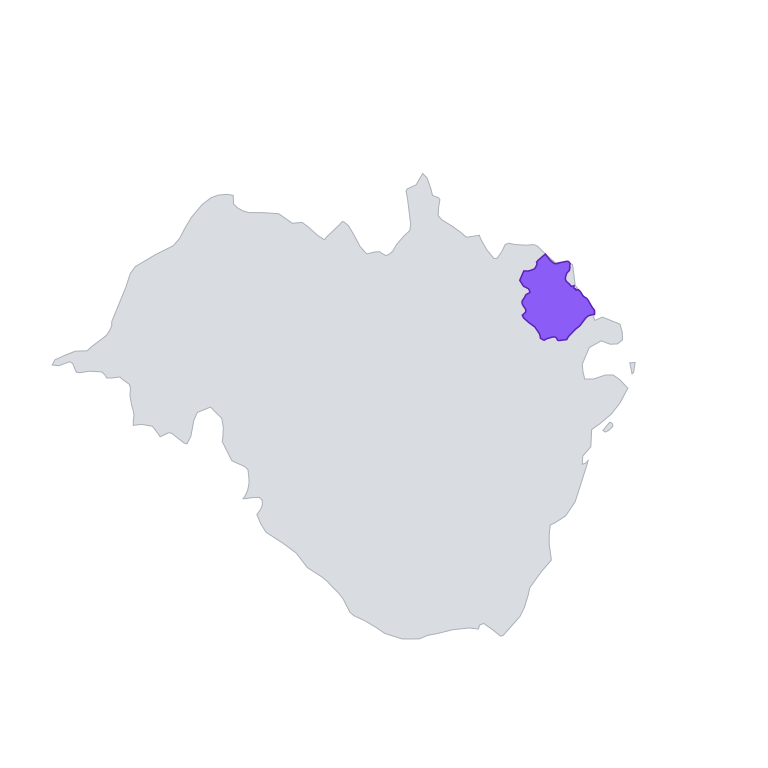 location of Kâmpôt within Cambodia, rotated 224°
{"feature_id": "KHM-1797", "entity_name": "Kâmpôt", "entity_type": "Province", "adm_level": 1, "iso_a3": "KHM", "parent_name": "Cambodia", "parent_adm1": "", "projection": "mercator", "projection_center": [104.331, 10.788], "detail": "fine", "context": "in_parent", "style": "filled", "palette": "violet", "viewbox_px": 768, "rotation_deg": 224, "n_neighbors": 0, "source": "natural_earth", "source_scale": "10m", "svg_char_len": 4327}
<svg xmlns="http://www.w3.org/2000/svg" viewBox="0 0 768 768"><g transform="rotate(224 384 384)"><path d="M635.9,167.2L637.5,172.8L633.3,183.4L628.9,193.1L620.7,201.5L620.3,207.6L617.4,226.1L618.5,231.9L620.4,236.9L623.1,239.6L630.3,257.6L636.8,274.0L643.3,287.4L644.4,295.9L638.5,317.5L631.6,337.2L632.2,347.0L635.2,356.9L638.3,370.0L639.5,386.7L637.8,397.7L634.7,404.4L628.7,411.4L623.5,414.9L617.3,409.0L612.3,408.8L605.7,410.5L600.4,413.3L589.7,423.5L577.9,433.4L561.6,435.9L555.2,443.3L548.4,444.3L535.4,444.7L527.0,446.4L527.4,450.1L526.7,467.5L526.9,471.6L525.6,472.7L519.7,473.2L509.8,470.6L496.4,466.2L486.8,465.6L481.9,473.2L479.0,476.1L475.4,476.6L471.6,477.9L470.3,481.3L470.0,485.6L471.8,492.8L472.5,504.3L472.0,512.2L475.5,517.2L496.0,533.8L502.1,538.0L502.8,540.5L499.2,549.6L502.4,562.3L496.0,562.1L485.2,556.6L480.1,553.3L473.9,555.9L471.8,555.4L467.6,549.2L462.1,542.8L456.4,542.3L444.5,544.9L432.3,546.6L427.7,546.6L425.8,547.8L418.7,557.3L415.7,555.6L403.4,552.0L392.2,550.6L389.9,553.1L391.2,560.9L393.7,568.5L392.3,571.7L386.1,575.7L378.0,582.8L373.0,588.4L369.5,589.8L357.1,589.6L344.7,590.3L339.8,595.6L335.2,599.7L331.2,600.8L315.0,587.8L283.0,583.2L279.5,577.5L276.4,576.3L273.4,583.8L255.8,591.0L248.5,586.7L243.1,581.4L243.9,575.0L249.0,569.7L257.7,566.0L261.7,552.8L255.1,535.9L249.2,530.9L243.1,527.0L236.6,533.3L231.1,544.1L225.5,549.6L217.4,550.9L205.7,550.4L201.1,534.3L199.6,520.5L201.2,504.8L203.0,495.5L191.7,482.6L191.0,470.3L185.6,464.0L183.9,467.2L184.1,470.7L182.5,468.2L164.7,432.1L161.7,415.4L164.7,402.5L166.5,398.2L161.4,391.4L154.1,383.7L141.3,373.6L140.4,357.6L137.6,338.7L133.7,332.4L127.8,320.7L124.7,311.1L123.6,285.6L125.2,283.5L134.3,282.8L146.0,281.0L147.8,276.8L145.8,273.4L153.2,267.7L163.9,255.0L172.2,241.7L178.1,233.4L181.7,225.0L193.7,213.3L210.3,205.1L221.5,203.2L233.2,200.4L244.5,196.5L249.8,196.1L263.7,200.9L271.3,202.1L279.2,202.1L287.4,202.6L294.5,202.1L311.6,198.7L329.7,201.4L345.9,199.3L365.9,195.4L375.7,197.9L384.7,201.7L386.0,209.5L388.0,213.1L391.0,215.8L395.0,215.8L400.1,210.4L404.4,204.8L405.7,203.7L406.0,206.5L408.1,212.6L411.9,218.6L415.8,222.5L422.2,227.8L426.4,228.0L440.1,223.1L460.6,230.3L463.0,233.9L469.6,241.3L476.8,246.6L492.8,246.9L498.5,233.9L495.7,226.0L486.6,212.2L484.1,204.1L487.0,202.6L502.5,201.1L505.0,199.5L508.4,190.5L512.6,191.5L521.2,192.7L530.3,186.6L535.6,180.1L538.6,183.1L541.8,187.6L545.3,190.2L551.8,194.1L559.0,199.5L563.4,204.9L567.0,206.9L576.2,205.5L578.7,205.7L584.0,199.2L587.7,195.7L590.9,196.7L595.5,196.6L605.1,188.3L610.6,180.8L613.6,178.7L622.2,182.5L625.6,181.7L630.6,171.3L635.9,167.2ZM195.1,513.1L193.3,514.1L191.7,514.0L190.0,512.6L190.1,506.8L191.4,503.2L194.2,502.6L195.1,513.1ZM221.9,570.0L218.3,573.9L212.6,565.9L212.6,563.6L221.9,570.0Z" fill="#d9dde1" stroke="#a8b0b8" stroke-width="1"/><path d="M358.2,589.5L350.8,588.5L346.6,588.7L345.0,589.1L343.7,590.1L342.8,591.5L342.0,593.1L337.9,599.1L336.8,600.1L335.4,600.3L333.6,599.9L333.4,599.3L331.8,597.3L330.9,596.8L330.8,595.9L330.4,595.5L329.7,595.0L329.5,594.2L329.6,591.2L328.9,589.3L327.3,586.4L326.2,585.3L324.0,584.5L319.9,584.7L319.0,584.5L317.8,584.5L317.0,584.3L315.6,586.7L314.4,585.3L313.8,584.9L313.1,585.0L312.5,585.4L311.8,585.6L311.1,584.9L309.6,586.9L307.0,586.9L302.0,585.6L300.3,585.8L297.9,586.4L296.2,586.3L286.8,583.6L285.1,583.5L283.8,583.1L281.1,580.7L281.0,580.3L281.2,580.0L281.6,579.5L283.5,576.6L284.3,574.9L284.6,574.0L284.7,572.5L284.6,570.5L283.6,562.2L283.6,561.3L284.3,556.6L284.3,546.2L283.4,542.9L287.8,537.4L288.7,536.5L289.2,536.2L289.7,536.1L290.4,536.3L291.1,536.7L291.8,536.9L292.6,536.9L293.7,536.5L294.1,536.3L295.6,534.5L298.4,529.5L298.5,529.3L299.1,526.9L299.6,526.6L300.0,526.3L303.4,525.6L305.0,527.0L305.9,527.5L307.2,528.1L315.0,529.8L322.5,528.8L329.6,528.5L332.3,529.6L332.1,532.8L332.1,533.8L332.4,534.6L332.9,535.3L333.9,536.0L334.7,536.3L337.9,536.9L339.8,537.5L340.9,538.1L342.0,539.2L342.3,539.9L343.4,545.4L343.7,545.7L343.9,546.4L343.8,547.6L342.7,550.8L342.9,551.5L343.1,551.7L346.1,552.9L349.2,552.0L351.2,551.3L352.8,551.5L358.4,552.9L362.0,562.5L359.5,564.7L358.6,565.7L357.8,567.0L356.0,570.6L355.8,572.3L357.0,576.1L357.8,577.1L358.1,577.2L358.4,577.3L358.7,577.5L359.0,577.7L359.1,580.0L358.3,588.8L358.2,589.4L358.2,589.5Z" fill="#8b5cf6" stroke="#5b21b6" stroke-width="1.5"/></g></svg>